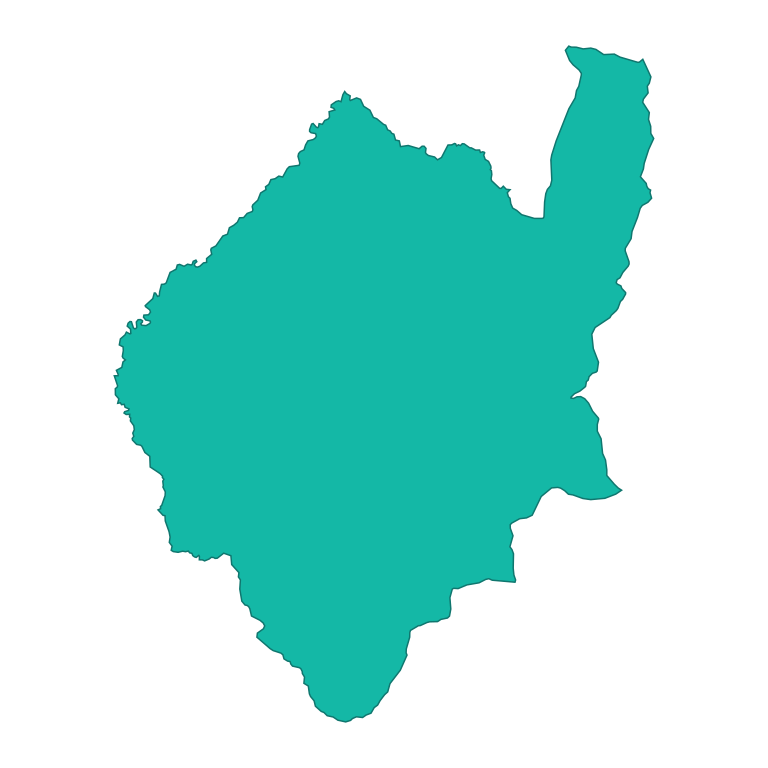 Paime, Cundinamarca, Colombia (orthographic projection)
{"feature_id": "7082276B96064980503158", "entity_name": "Paime", "entity_type": "district", "adm_level": 2, "iso_a3": "COL", "parent_name": "Colombia", "parent_adm1": "Cundinamarca", "projection": "orthographic", "projection_center": [-74.184, 5.386], "detail": "fine", "context": "isolated", "style": "filled", "palette": "teal", "viewbox_px": 768, "rotation_deg": 0, "n_neighbors": 0, "source": "geoboundaries", "source_scale": "gbopen_adm2", "svg_char_len": 6086}
<svg xmlns="http://www.w3.org/2000/svg" viewBox="0 0 768 768"><path d="M642.8,59.3L639.3,62.2L637.7,62.3L620.0,57.1L614.3,54.1L603.7,54.6L595.9,49.4L590.8,48.1L583.2,48.9L576.3,47.2L571.1,47.1L568.8,46.1L565.4,50.3L569.6,60.5L573.1,64.8L579.1,70.0L581.3,73.3L581.3,75.0L578.8,86.3L576.5,90.5L575.2,97.9L568.9,108.7L556.2,140.8L551.7,155.1L550.9,159.8L551.8,180.2L550.4,185.9L547.4,189.4L545.8,193.6L544.6,202.0L544.0,216.7L543.4,218.0L542.2,218.4L534.3,218.4L521.7,214.7L516.7,210.4L512.7,208.1L510.8,203.7L510.0,198.3L508.4,196.7L507.3,192.7L510.0,189.7L506.3,189.3L503.3,186.2L501.2,188.4L499.6,188.3L491.6,180.7L491.1,178.6L491.8,174.5L491.4,170.7L490.3,169.7L491.0,168.1L490.8,166.1L488.5,161.4L485.2,159.4L483.7,155.1L484.7,152.8L484.2,152.2L482.7,151.8L480.4,152.5L479.6,150.0L475.6,150.1L471.4,147.9L469.7,147.8L464.2,143.9L462.3,143.7L460.4,145.6L458.4,144.8L456.6,145.9L455.6,143.8L454.5,143.5L451.7,144.9L448.0,145.0L441.5,157.5L437.5,159.8L434.6,157.0L428.4,155.5L426.1,153.7L425.5,152.4L426.0,148.4L424.1,146.2L422.1,146.2L419.1,148.7L408.2,145.5L400.5,146.6L399.3,140.9L395.5,140.0L393.9,134.2L391.7,133.3L390.2,131.0L387.6,129.8L385.7,125.2L383.6,124.4L376.7,118.7L373.4,117.5L369.9,110.2L363.7,106.3L360.5,99.4L356.6,97.9L350.3,100.5L349.7,99.5L350.2,95.9L346.4,93.7L344.7,91.5L342.9,94.7L341.0,101.7L338.7,100.8L336.1,101.5L331.3,104.8L331.0,107.3L333.8,108.3L334.8,110.0L329.1,111.7L329.5,117.1L328.4,118.9L324.7,120.5L322.4,124.3L319.1,123.7L318.5,126.9L317.8,127.7L316.4,127.2L313.1,123.5L311.6,124.1L309.6,129.7L309.6,131.4L311.0,132.7L315.6,133.6L316.4,136.2L315.3,138.0L313.3,139.5L307.9,140.9L305.6,144.9L304.0,149.9L300.3,151.6L298.6,153.6L298.0,156.3L299.8,163.1L299.2,165.3L289.3,166.7L287.2,168.8L282.7,177.0L278.8,176.1L275.1,178.7L270.9,179.6L268.8,184.4L265.5,186.8L266.0,189.6L260.6,193.0L257.8,200.2L252.8,204.9L252.2,206.6L252.9,209.8L252.3,211.5L247.2,213.4L243.6,217.6L239.5,217.8L237.4,222.2L233.7,225.3L229.4,227.7L227.5,234.2L222.8,236.0L215.9,245.9L211.3,248.3L210.8,249.9L211.7,254.3L206.6,258.5L206.6,262.4L203.5,262.9L199.9,266.2L197.5,267.1L195.6,266.7L194.4,265.1L194.7,263.6L196.8,261.7L195.9,260.1L193.2,261.3L192.2,264.3L191.2,265.0L187.6,264.2L184.1,266.3L179.6,264.4L177.3,265.0L176.1,269.2L170.1,272.4L166.2,282.9L164.4,284.1L161.5,284.4L159.6,292.0L159.3,295.8L157.5,296.4L155.5,293.1L154.3,293.0L152.8,298.6L145.2,305.6L145.5,306.6L149.7,309.8L150.5,312.1L148.5,314.8L143.9,315.1L143.5,317.2L145.7,320.0L150.0,320.9L150.5,322.1L149.9,323.4L146.1,325.6L141.7,325.2L140.8,323.8L142.4,322.1L142.5,320.7L140.6,319.6L138.1,319.7L136.3,322.0L136.8,327.3L135.8,328.6L134.6,328.8L133.4,327.8L131.4,321.7L130.0,321.5L128.1,323.2L127.2,326.1L130.5,329.1L130.8,333.5L129.9,333.9L126.4,332.1L125.0,334.9L120.4,338.9L119.3,344.9L123.1,346.9L123.3,350.7L122.3,356.5L123.2,358.2L125.4,359.9L123.0,361.9L121.8,367.4L116.4,370.3L118.1,374.2L118.1,375.7L114.3,375.8L117.6,385.8L117.2,387.1L115.3,388.7L115.4,394.8L118.8,398.8L117.7,403.3L120.4,402.8L121.5,404.7L124.2,404.3L125.1,407.3L129.0,408.9L128.5,410.4L124.7,411.7L124.0,413.0L126.2,414.5L129.7,414.3L129.5,416.9L130.7,418.0L130.4,420.9L133.8,425.7L134.3,429.7L132.8,433.1L133.8,436.4L132.2,438.5L132.5,440.1L136.6,444.4L140.6,445.2L141.9,446.3L144.9,452.5L149.8,456.3L150.2,467.0L160.1,473.6L162.5,476.1L162.4,477.6L163.9,479.2L162.8,481.1L163.3,485.7L162.9,487.0L165.3,491.8L165.1,495.6L161.7,505.4L160.4,506.5L160.6,508.7L158.0,509.9L163.0,515.3L165.0,515.7L165.3,521.0L169.1,531.8L170.1,537.1L169.3,542.4L172.1,546.2L171.2,550.3L173.3,551.6L178.1,552.3L182.7,551.2L185.5,551.7L188.4,551.1L189.6,552.8L191.9,553.4L192.8,555.6L194.5,556.9L196.2,557.4L198.8,555.4L199.4,556.3L199.3,559.8L202.5,559.9L204.6,560.9L209.2,559.0L211.3,557.3L213.6,557.5L215.1,558.4L217.3,558.2L223.7,553.2L230.9,555.7L231.7,564.6L238.9,572.6L238.4,576.9L240.4,579.9L239.8,589.1L241.8,601.1L245.0,605.0L247.3,605.5L248.7,606.7L249.8,608.7L251.5,616.0L260.0,620.3L263.2,623.0L264.7,625.9L263.4,628.8L257.4,633.1L256.9,637.2L270.1,648.6L273.2,650.6L280.9,653.1L282.9,654.8L284.0,658.9L287.6,661.1L290.1,661.6L290.8,664.0L292.5,666.1L299.5,667.7L300.9,668.8L302.2,671.4L302.4,673.6L304.5,677.0L303.9,683.3L308.3,686.0L309.4,693.9L310.6,696.6L314.1,700.8L315.4,706.2L321.2,711.4L324.0,712.5L327.2,715.7L333.1,717.0L337.9,720.2L345.7,721.9L350.6,720.4L352.4,718.6L356.4,716.8L362.6,717.5L366.2,715.0L371.0,713.2L374.2,707.6L377.6,705.1L380.1,700.6L384.6,694.7L387.7,691.9L390.0,683.6L400.3,670.2L407.0,655.1L406.1,652.8L406.3,648.9L409.7,637.2L409.8,632.4L410.5,630.4L418.4,625.7L420.2,625.6L427.0,622.5L429.7,621.8L437.6,621.6L440.9,619.4L447.5,618.0L449.5,616.1L450.8,609.0L449.9,597.7L452.3,589.0L453.8,588.3L458.1,588.6L466.9,584.9L479.1,582.8L485.7,579.4L488.9,578.7L492.2,580.2L515.0,582.2L515.6,580.0L513.9,575.0L513.2,568.2L513.5,553.8L512.0,549.7L509.9,546.8L513.0,535.8L510.3,528.3L510.2,524.7L511.9,523.0L519.7,518.7L526.5,517.9L532.2,515.2L541.2,496.5L551.6,487.9L557.8,487.4L560.6,488.1L564.7,490.7L568.4,494.2L572.9,494.9L582.9,498.5L590.7,499.6L604.9,498.3L615.8,494.1L621.6,490.2L618.3,488.1L614.2,484.1L606.8,475.5L606.8,469.8L605.5,460.0L602.6,453.5L601.1,438.8L597.3,431.2L597.3,424.5L598.7,419.1L598.3,418.0L592.6,411.2L588.6,403.2L584.7,398.7L580.7,396.6L577.0,396.8L573.7,398.4L571.0,398.1L571.0,397.1L574.5,393.7L579.9,391.1L584.8,387.2L585.6,386.3L586.4,381.6L588.2,380.1L589.1,376.6L592.4,373.3L596.1,372.1L597.2,371.0L598.5,362.2L593.3,348.6L591.8,334.2L595.1,327.5L609.9,317.6L611.3,315.2L616.3,310.6L617.9,308.3L620.4,301.5L622.6,299.4L625.6,294.0L625.6,292.5L621.8,288.5L620.9,285.9L617.3,284.1L616.2,282.7L617.1,279.6L620.0,277.8L622.8,272.5L628.2,266.1L629.1,264.0L629.0,261.7L625.2,250.9L625.3,248.3L631.1,238.7L632.0,231.5L637.5,217.4L640.2,208.3L642.3,205.4L647.9,202.3L651.6,198.2L650.0,192.7L650.6,190.1L648.2,188.7L646.8,186.3L646.2,183.4L640.4,176.8L643.4,169.0L644.2,163.4L648.7,149.4L653.7,138.5L650.8,133.4L650.7,126.3L648.5,119.4L649.3,112.6L642.7,102.3L643.4,99.1L648.1,92.9L647.3,86.2L649.3,83.2L650.9,76.9L642.8,59.3Z" fill="#14b8a6" stroke="#0f766e" stroke-width="1.5"/></svg>